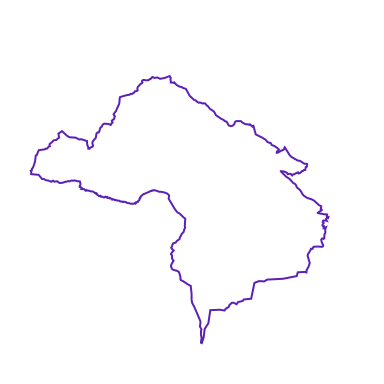 the district of Ponor, Alba, Romania, rotated 225°
{"feature_id": "2599482B26420082553379", "entity_name": "Ponor", "entity_type": "district", "adm_level": 2, "iso_a3": "ROU", "parent_name": "Romania", "parent_adm1": "Alba", "projection": "natural_earth1", "projection_center": [23.399, 46.333], "detail": "fine", "context": "isolated", "style": "outline", "palette": "violet", "viewbox_px": 384, "rotation_deg": 225, "n_neighbors": 0, "source": "geoboundaries", "source_scale": "gbopen_adm2", "svg_char_len": 6029}
<svg xmlns="http://www.w3.org/2000/svg" viewBox="0 0 384 384"><g transform="rotate(225 192 192)"><path d="M288.9,257.8L289.8,258.2L292.0,253.2L294.6,249.5L297.4,248.5L299.4,246.0L301.1,245.5L301.4,245.1L301.2,242.5L301.6,242.1L301.9,240.2L303.4,238.5L305.2,237.3L305.8,236.6L305.8,235.0L304.5,234.4L304.3,233.6L304.8,231.9L304.6,228.1L304.0,226.7L302.3,225.4L302.3,224.8L303.6,222.6L303.2,221.2L303.9,218.6L304.8,218.0L305.0,216.5L306.6,214.4L310.0,208.3L309.2,206.9L306.4,203.7L305.7,202.5L303.7,197.1L303.1,196.0L302.6,192.4L302.2,191.3L300.0,191.0L299.6,189.9L298.8,188.6L298.6,188.0L299.1,187.2L299.1,185.7L297.2,184.9L297.5,183.9L296.9,181.9L299.0,181.2L302.4,178.2L302.8,176.6L302.0,174.2L302.3,172.7L300.3,169.1L300.1,168.0L300.9,167.4L300.9,165.8L298.3,162.2L298.1,158.7L297.7,157.1L297.0,156.1L294.9,154.9L294.3,154.0L295.0,152.5L295.0,151.7L295.3,150.9L295.1,150.1L296.0,149.3L296.8,150.2L299.2,151.2L301.3,152.8L302.3,153.8L307.8,150.9L308.7,149.5L312.8,148.1L317.2,144.2L319.9,143.4L327.0,143.1L327.7,138.8L324.5,136.5L324.8,132.8L326.3,130.8L326.4,130.4L326.2,128.2L326.5,126.7L326.5,125.1L325.6,124.2L324.9,123.9L325.3,123.2L325.3,119.8L326.1,119.2L326.2,118.4L326.6,117.6L329.8,113.4L329.5,111.9L328.0,108.8L327.9,108.4L328.3,107.4L324.5,102.5L322.8,99.2L321.6,96.6L321.6,95.2L320.5,93.8L321.0,93.0L319.9,92.5L318.4,90.9L312.8,95.5L311.8,95.6L307.5,95.2L307.1,95.3L305.9,96.4L303.5,97.1L301.7,98.5L298.8,99.7L298.5,100.0L298.6,101.1L298.2,101.8L296.6,102.0L294.9,104.3L292.2,104.6L290.1,106.9L288.8,109.6L288.0,110.6L287.4,112.0L286.2,112.8L285.2,115.1L283.7,116.2L283.2,117.3L280.9,118.4L278.8,120.2L276.6,118.9L276.0,118.1L275.6,116.7L275.0,116.2L274.2,116.8L272.5,116.6L272.4,115.8L272.0,116.0L272.0,117.0L271.1,117.0L269.9,117.9L268.2,117.6L267.9,118.0L268.0,118.8L267.0,119.0L266.0,120.0L265.2,120.2L263.2,121.5L262.6,122.2L260.9,122.6L260.2,122.5L259.3,123.4L257.9,122.8L257.7,122.9L257.7,123.4L257.1,123.2L254.9,123.3L254.2,124.5L253.6,124.6L253.3,124.2L252.6,124.6L252.2,125.2L250.9,125.6L250.0,126.3L250.0,127.4L248.7,127.7L248.6,128.4L247.6,128.3L247.6,128.7L246.6,128.8L246.2,129.0L246.2,129.5L245.9,129.7L245.4,129.5L244.8,130.1L244.0,130.4L243.1,130.2L243.1,130.7L242.6,131.2L241.1,131.6L241.0,132.0L240.5,132.5L239.8,132.4L237.0,134.6L236.0,134.5L234.7,135.8L234.1,135.9L233.9,136.4L233.3,136.5L232.6,137.6L231.0,138.3L230.3,138.3L228.7,139.5L226.7,140.6L225.9,141.6L225.2,142.0L224.5,143.6L223.7,143.8L223.7,144.0L224.5,144.5L224.4,145.0L223.7,145.5L223.8,146.1L223.3,146.8L223.7,147.3L223.5,147.9L223.6,149.3L224.2,149.8L224.1,150.2L224.8,151.1L224.5,151.6L225.1,152.9L224.8,156.4L224.5,156.6L222.8,161.0L222.5,161.5L222.0,163.4L221.4,164.0L221.4,164.6L220.7,165.2L220.7,165.8L219.9,166.6L218.0,167.8L215.5,168.9L213.7,170.5L210.6,172.5L208.6,173.3L206.9,173.5L205.5,173.2L203.9,170.8L191.7,167.7L187.9,167.3L185.7,168.0L180.1,168.1L177.9,168.4L173.0,162.8L171.6,161.9L171.2,160.5L169.7,157.9L169.6,155.0L168.7,152.6L168.6,151.5L167.5,149.8L168.1,146.7L167.8,144.5L168.8,143.1L169.0,142.2L168.6,140.9L167.7,139.5L167.3,137.9L165.7,137.6L163.6,137.7L163.4,134.7L163.0,133.2L161.2,133.0L158.9,130.8L156.4,130.3L155.7,127.2L154.8,125.1L154.1,124.5L151.9,123.5L151.0,123.5L148.3,124.7L147.8,125.2L146.6,125.7L144.9,126.2L142.4,125.1L139.5,123.3L138.5,122.1L137.8,121.8L135.0,122.7L129.3,123.8L126.5,124.7L120.3,119.7L116.3,115.7L113.7,113.8L108.4,112.1L95.0,106.7L93.7,105.7L91.3,102.5L88.1,101.5L87.3,100.0L84.7,97.4L81.8,95.4L79.7,92.4L79.0,91.8L78.2,92.1L81.0,97.5L86.2,104.1L87.6,110.7L95.5,121.4L89.1,128.4L85.2,131.2L85.6,133.3L85.2,134.2L85.4,134.7L84.9,135.8L84.9,137.2L85.6,138.4L85.5,141.7L84.5,143.0L81.1,144.2L81.6,146.8L79.1,150.8L79.4,152.6L74.7,158.4L83.6,171.9L81.6,176.4L77.7,179.9L76.9,183.2L66.2,195.1L58.5,206.6L60.4,210.0L55.8,215.2L54.2,216.0L55.8,218.0L56.7,221.4L58.5,225.0L65.4,228.8L66.1,230.4L67.2,235.0L67.8,236.0L66.6,237.0L67.3,239.1L67.1,239.4L65.0,241.9L61.2,245.3L61.1,246.4L61.5,247.1L64.5,248.1L66.9,249.6L67.1,251.3L66.7,251.6L65.8,251.9L65.8,252.9L68.3,255.5L68.8,257.4L71.5,259.9L72.3,261.7L72.7,260.4L73.3,259.4L73.6,259.7L73.0,260.3L73.2,260.9L73.8,260.5L74.2,260.9L74.4,260.4L75.5,260.7L76.0,260.5L76.7,261.5L76.9,263.1L77.2,263.4L78.3,263.2L78.8,264.0L79.0,264.4L78.9,264.8L77.2,266.4L76.3,266.9L77.7,267.3L78.1,267.7L78.5,269.3L78.4,269.6L77.4,269.7L77.8,270.9L79.7,270.3L80.6,271.6L81.0,271.4L83.1,269.4L84.2,268.9L85.6,267.7L88.2,266.1L88.3,266.2L88.0,268.4L87.5,270.1L87.5,271.1L88.2,271.3L88.8,270.9L89.4,271.6L90.5,273.3L93.0,272.5L99.8,272.2L102.7,271.2L106.2,269.3L109.9,268.5L112.4,268.6L114.9,269.4L117.7,269.8L119.6,269.5L121.7,269.5L122.6,270.2L124.4,270.6L126.8,270.0L132.5,270.2L136.3,269.4L144.6,269.4L143.6,269.8L141.5,271.5L139.9,272.3L138.3,272.7L137.0,272.3L136.5,273.2L135.0,274.6L132.9,274.5L133.0,276.0L132.2,276.9L132.0,278.1L131.0,280.8L129.9,280.4L129.5,280.6L129.4,281.3L128.9,282.2L128.9,283.0L129.2,284.2L128.4,285.1L128.4,286.7L127.5,287.6L129.2,290.1L128.7,290.7L129.1,291.7L130.0,292.8L130.6,293.1L131.6,292.4L132.6,291.4L137.7,290.4L139.8,288.8L141.3,288.6L142.6,288.1L146.6,287.1L148.9,287.1L158.0,289.2L157.8,288.3L157.1,287.1L157.2,286.5L158.1,284.3L159.0,280.9L159.8,279.7L160.6,280.6L160.3,281.7L160.6,283.5L162.6,283.4L166.1,282.8L169.0,281.6L170.6,282.2L171.3,282.2L172.0,281.5L173.4,281.1L173.8,280.7L176.9,281.0L180.5,280.2L187.6,277.8L195.4,282.2L195.5,282.0L195.0,281.3L195.1,281.0L198.9,280.8L199.0,280.0L200.0,279.6L202.4,277.6L205.8,276.7L207.5,276.7L209.9,274.4L210.6,273.7L211.1,272.6L210.9,271.5L210.1,269.9L210.0,268.5L210.4,267.1L211.4,265.8L212.9,265.2L213.8,265.2L217.1,266.2L219.1,265.3L220.8,265.3L222.7,264.5L229.5,263.2L231.6,264.0L233.7,264.4L238.2,263.5L241.2,263.9L243.0,263.7L245.3,263.9L246.6,262.9L246.9,262.2L249.7,260.9L250.2,260.0L251.6,259.5L254.2,259.3L255.7,258.6L261.7,258.4L269.3,260.6L272.1,259.1L273.4,259.0L275.7,257.5L279.0,256.8L281.8,256.9L281.6,256.5L282.4,256.2L284.5,254.4L285.3,255.3L286.8,256.4L287.9,257.8L288.9,257.8Z" fill="none" stroke="#5b21b6" stroke-width="2"/></g></svg>